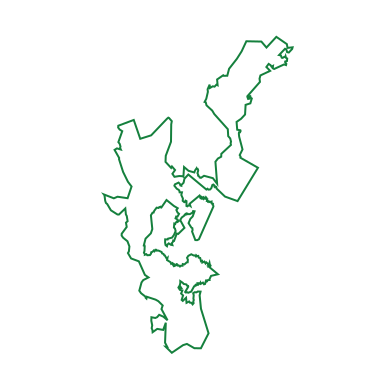 the district of San Carlos Yautepec, Oaxaca, Mexico, rotated 5°
{"feature_id": "50627088B30375363427606", "entity_name": "San Carlos Yautepec", "entity_type": "district", "adm_level": 2, "iso_a3": "MEX", "parent_name": "Mexico", "parent_adm1": "Oaxaca", "projection": "equal_earth", "projection_center": [-95.927, 16.423], "detail": "fine", "context": "isolated", "style": "outline", "palette": "green", "viewbox_px": 384, "rotation_deg": 5, "n_neighbors": 0, "source": "geoboundaries", "source_scale": "gbopen_adm2", "svg_char_len": 6099}
<svg xmlns="http://www.w3.org/2000/svg" viewBox="0 0 384 384"><g transform="rotate(5 192 192)"><path d="M262.5,30.1L253.6,41.6L248.0,36.1L233.0,37.1L229.2,47.5L225.1,55.4L218.2,66.0L217.0,73.1L213.4,73.5L212.9,73.0L207.2,77.7L208.2,83.4L207.0,82.9L205.3,85.1L203.5,84.9L200.8,86.8L200.2,83.5L198.6,88.3L199.1,90.9L198.1,97.9L196.7,101.2L197.9,101.5L198.9,104.4L205.1,109.2L207.4,112.4L222.2,126.3L223.2,133.2L225.4,135.3L226.5,138.5L226.2,140.0L226.7,141.7L217.9,151.4L218.0,154.3L214.9,156.4L212.7,159.8L216.3,181.6L211.6,176.4L202.6,174.8L199.7,177.1L198.4,176.9L198.1,176.1L196.6,175.2L196.7,174.4L195.8,172.8L196.3,170.1L196.0,169.1L195.5,168.4L194.4,168.7L194.3,168.3L193.1,170.4L192.6,172.3L186.7,171.2L181.9,167.8L182.1,177.5L181.1,177.1L177.9,177.2L173.2,178.4L170.9,175.6L173.2,171.6L169.8,168.3L169.1,169.8L163.0,164.3L162.7,158.2L166.7,143.8L165.4,126.4L165.7,123.2L162.7,120.3L161.9,120.0L160.7,121.2L146.4,139.1L135.8,143.5L127.7,125.3L112.8,132.4L112.8,134.2L114.5,136.1L117.2,137.5L114.3,148.7L115.8,150.4L116.8,153.0L116.5,154.3L117.4,155.9L113.4,155.1L111.2,156.8L116.5,164.5L116.4,165.6L121.6,178.0L127.3,187.4L131.3,191.8L128.4,203.8L118.2,203.2L114.7,205.1L104.4,202.1L105.1,202.9L106.3,208.3L107.2,210.4L108.6,211.4L112.8,217.3L119.7,220.9L121.2,220.8L127.0,214.2L128.1,220.1L129.1,221.6L130.4,226.7L128.9,228.3L130.0,232.5L125.6,239.7L125.7,241.5L127.3,243.5L132.0,246.7L134.4,251.7L134.3,256.7L133.5,258.4L137.1,263.5L145.1,265.7L152.3,278.7L156.1,280.9L151.1,284.0L149.6,286.5L148.1,294.9L150.1,297.3L154.9,300.4L155.0,301.4L155.9,302.1L156.1,300.3L165.1,302.4L168.0,303.7L172.7,307.6L171.8,311.3L178.8,321.9L174.3,318.7L170.0,317.2L168.2,319.7L166.4,320.7L162.5,320.3L162.7,323.9L164.0,328.3L163.7,331.2L164.6,332.9L165.0,335.1L169.3,331.4L175.3,331.9L177.3,324.5L178.3,344.5L180.8,348.4L179.2,348.4L185.9,353.9L196.5,345.3L200.2,343.8L208.0,347.4L214.5,346.9L220.8,331.3L211.1,307.5L208.6,294.2L209.2,290.5L206.5,290.6L205.1,291.6L203.4,291.6L202.0,292.7L202.7,294.6L202.7,298.2L203.2,299.4L202.8,301.0L203.3,302.6L202.4,303.9L201.1,302.4L199.7,302.5L198.7,301.3L196.2,302.9L195.3,297.9L192.3,301.3L191.1,300.4L192.1,295.8L190.0,294.1L191.0,290.9L188.4,290.5L186.8,288.4L187.1,287.7L188.8,288.7L189.7,288.6L187.9,286.2L188.3,283.7L188.1,281.8L190.6,283.2L191.7,284.3L194.5,284.6L195.2,285.7L196.3,285.9L196.5,286.7L193.9,292.2L194.6,292.7L196.0,292.3L197.0,292.7L199.9,291.3L202.3,285.8L202.8,285.7L203.6,284.3L204.1,284.7L204.7,283.9L205.5,284.0L205.3,282.4L206.2,282.3L206.6,283.3L207.4,282.4L207.9,282.6L208.3,281.6L208.8,282.7L210.8,281.3L212.0,282.9L213.0,282.5L213.6,279.3L214.5,279.9L214.8,279.7L214.8,278.6L217.2,278.1L217.0,277.4L218.3,273.9L225.0,271.7L215.1,264.8L216.6,264.6L216.9,263.6L216.6,263.3L215.7,263.9L216.1,262.9L215.6,261.1L215.3,262.3L214.4,263.1L213.9,262.0L212.4,260.9L211.7,262.0L210.4,260.2L208.4,261.4L208.0,259.7L207.0,260.2L205.9,257.0L204.4,256.8L203.8,255.1L202.5,255.4L201.7,254.7L201.4,255.8L200.5,255.0L199.2,255.1L196.7,254.1L193.9,255.9L192.8,258.0L193.8,259.8L193.8,262.4L192.8,262.6L190.8,264.8L189.1,264.6L189.0,266.3L187.3,266.4L186.5,267.3L185.1,266.2L184.4,266.6L183.5,266.2L183.4,265.3L182.8,265.2L182.2,266.4L181.4,266.3L181.2,267.2L180.4,267.5L179.6,266.4L180.4,266.1L180.2,265.4L179.7,265.5L178.8,264.5L177.5,265.4L176.7,263.8L173.1,262.0L173.3,259.8L172.6,260.6L170.4,257.5L169.9,257.5L169.0,256.2L167.6,255.8L166.9,254.4L163.8,253.3L161.8,253.5L161.5,252.7L160.6,252.7L159.8,254.3L159.0,253.6L157.9,255.0L156.6,255.6L156.6,256.9L155.6,258.5L153.0,258.9L151.9,257.9L150.5,258.6L150.5,258.0L149.4,256.7L149.8,255.0L149.6,250.0L149.3,249.3L148.5,250.4L149.8,242.5L154.6,236.8L155.7,232.4L153.1,218.8L154.5,216.0L155.5,215.9L156.0,214.1L158.1,210.7L160.1,210.8L160.8,209.8L161.8,210.0L162.1,209.5L162.9,210.0L167.3,202.2L175.2,207.5L179.2,209.4L178.0,211.3L179.4,213.7L181.0,214.9L179.6,217.9L178.4,217.8L177.9,219.7L179.9,220.6L181.1,222.3L180.1,223.2L179.4,222.8L178.3,224.3L178.1,225.3L177.1,225.0L177.1,229.0L178.2,229.9L179.1,232.3L177.8,236.3L176.1,239.2L172.1,240.6L171.9,241.4L169.4,241.5L169.6,244.7L170.3,247.2L171.8,248.2L172.1,246.5L173.3,245.2L175.4,246.4L177.1,246.6L176.3,244.8L177.3,243.4L177.5,242.0L178.4,242.2L180.5,234.7L181.9,235.0L187.6,228.4L182.7,221.0L184.0,218.3L186.7,215.9L186.6,215.4L187.4,214.5L188.0,214.8L188.4,213.8L189.2,213.9L189.3,214.5L191.9,214.2L194.4,212.4L194.8,210.9L196.2,211.0L194.8,216.3L192.7,218.9L191.3,223.3L194.4,227.4L195.5,228.0L195.9,229.9L195.5,231.3L199.5,239.6L201.4,239.5L203.0,238.5L214.6,204.6L214.2,203.1L213.5,202.7L213.8,201.8L212.3,201.2L212.3,199.8L210.1,200.5L209.9,200.0L208.8,200.3L208.6,199.5L207.6,199.6L207.8,197.8L206.4,197.6L206.9,196.6L206.3,196.0L205.9,197.0L205.2,196.8L204.4,197.7L204.0,196.5L203.6,197.0L203.4,196.7L202.5,197.9L201.6,197.6L202.1,196.6L201.9,196.0L201.0,195.6L200.5,196.4L199.8,194.9L190.7,203.9L191.6,206.1L190.2,205.3L188.6,206.7L187.7,206.4L187.3,201.6L186.3,201.2L185.8,202.5L185.2,202.8L183.5,201.6L183.5,199.3L181.6,195.9L182.0,193.2L179.7,193.4L179.2,191.7L178.5,191.0L176.6,190.1L173.9,187.3L174.3,185.9L177.8,183.8L179.2,185.0L179.9,186.5L180.8,186.7L180.7,186.1L182.8,183.5L183.3,179.5L186.8,174.9L206.1,188.3L207.1,187.4L208.1,188.2L209.8,187.9L210.9,186.5L211.7,183.2L212.6,182.7L213.6,183.4L213.8,184.7L214.3,185.1L214.7,184.4L215.6,184.7L216.3,186.5L225.3,193.7L238.2,197.1L255.6,162.1L237.2,153.6L237.3,152.5L236.3,151.1L238.6,145.2L234.2,132.9L233.6,129.9L233.6,128.5L234.6,128.4L235.1,127.0L234.8,126.3L231.6,126.0L230.3,118.3L234.5,114.8L238.1,110.2L237.8,100.5L242.4,98.6L243.4,93.6L242.2,92.9L241.8,91.7L241.0,92.4L241.1,94.0L239.8,94.4L238.9,92.5L240.4,91.4L239.3,91.1L250.1,76.4L249.4,73.2L250.0,69.9L259.3,64.5L255.2,61.0L257.2,57.7L259.2,58.8L260.3,60.2L261.7,59.3L261.6,61.7L263.1,62.3L272.6,56.9L274.6,57.4L274.8,56.1L273.4,54.4L273.5,53.8L275.2,53.2L275.2,50.7L273.9,50.1L273.4,48.7L273.2,49.6L272.2,49.3L270.6,50.5L269.7,50.4L268.6,48.2L266.8,48.0L272.2,41.2L273.5,41.7L274.6,44.4L276.3,44.6L279.3,40.8L279.6,39.1L274.6,40.1L273.6,36.4L262.5,30.1Z" fill="none" stroke="#15803d" stroke-width="2"/></g></svg>